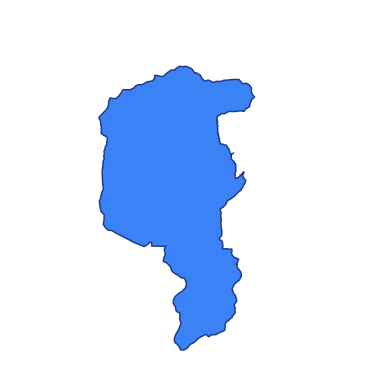 Corbu, Harghita, Romania (Equal Earth projection), rotated 318°
{"feature_id": "2599482B8272511981002", "entity_name": "Corbu", "entity_type": "district", "adm_level": 2, "iso_a3": "ROU", "parent_name": "Romania", "parent_adm1": "Harghita", "projection": "equal_earth", "projection_center": [25.671, 46.995], "detail": "fine", "context": "isolated", "style": "filled", "palette": "blue", "viewbox_px": 384, "rotation_deg": 318, "n_neighbors": 0, "source": "geoboundaries", "source_scale": "gbopen_adm2", "svg_char_len": 6053}
<svg xmlns="http://www.w3.org/2000/svg" viewBox="0 0 384 384"><g transform="rotate(318 192 192)"><path d="M119.4,315.1L120.9,316.0L123.8,316.6L126.6,314.1L127.2,313.4L128.6,312.3L130.0,311.6L132.6,311.9L134.9,311.8L137.5,312.0L139.8,311.2L141.4,311.1L143.0,310.7L143.6,310.2L144.4,309.0L145.4,308.1L146.9,306.5L147.1,305.2L147.4,304.4L150.7,303.2L152.1,303.1L152.8,302.3L154.9,298.5L155.0,297.8L155.0,296.3L155.2,294.9L155.6,293.7L157.1,290.7L161.8,288.9L165.4,288.7L167.1,289.2L168.8,288.9L171.6,287.9L172.8,287.2L173.9,285.7L174.9,283.0L175.1,278.2L175.4,277.7L177.3,276.0L177.1,275.3L176.6,274.8L178.2,274.9L179.3,274.5L180.7,273.5L181.6,273.3L180.8,270.8L180.4,270.0L179.9,269.4L179.6,268.7L179.6,266.2L180.0,264.8L180.9,263.1L181.8,263.0L183.0,261.6L183.3,261.0L180.9,259.0L179.8,257.2L178.6,256.4L177.1,255.1L176.8,254.6L177.6,254.0L178.2,253.0L179.2,252.5L179.7,251.3L180.5,250.4L181.1,249.5L181.4,247.5L180.7,246.6L180.6,246.2L180.8,245.1L182.7,244.5L184.6,244.3L185.4,243.7L188.4,240.5L189.4,238.7L191.9,235.3L193.2,234.0L195.3,232.3L195.6,231.4L196.6,230.2L197.1,229.1L199.6,227.1L200.8,224.6L201.5,223.7L202.3,223.7L205.2,224.1L205.7,223.9L206.7,224.0L208.4,223.7L209.5,223.6L210.3,223.2L211.5,222.2L215.3,222.7L215.6,222.9L220.3,223.4L224.8,223.3L225.6,223.1L227.2,223.1L229.2,223.4L232.7,222.4L235.1,221.4L236.7,221.1L239.5,219.6L239.9,219.0L239.4,217.8L239.9,216.9L240.0,215.5L240.3,214.2L241.6,213.1L242.6,212.8L243.8,212.2L243.6,211.5L241.1,212.2L240.7,211.8L239.9,212.2L239.1,212.2L239.0,211.8L237.9,212.4L234.0,211.4L233.6,210.8L233.6,210.5L233.8,210.3L233.7,210.0L234.4,208.8L235.8,208.1L236.2,207.6L236.0,207.0L237.4,206.2L238.5,206.0L240.7,203.2L242.2,201.9L242.5,201.1L243.2,200.2L243.1,198.5L243.6,197.5L243.6,197.0L243.2,196.4L243.3,194.3L244.2,192.4L245.1,191.8L245.0,191.6L245.7,191.1L245.6,190.9L245.4,190.8L245.6,190.5L248.1,190.8L248.4,190.7L246.1,189.7L246.5,188.2L247.2,187.1L247.5,186.0L248.1,185.0L248.2,183.2L248.5,182.5L248.3,181.2L248.9,180.6L248.9,180.3L248.0,179.3L246.8,177.1L246.1,176.0L245.6,176.0L245.2,175.4L245.3,175.0L245.7,174.4L245.9,173.7L246.4,173.3L246.1,172.8L246.7,172.3L246.7,172.1L247.1,171.7L247.1,171.4L247.6,171.2L247.9,170.4L248.3,170.2L248.3,169.7L249.7,167.7L249.4,167.4L249.9,166.7L250.0,166.1L250.3,166.2L250.7,166.0L251.1,165.5L251.3,164.4L252.1,163.4L253.0,162.8L253.7,161.8L253.6,161.4L255.3,160.3L255.6,159.8L255.7,159.4L255.9,159.2L255.7,159.0L256.3,158.6L256.1,158.4L256.6,157.6L256.9,157.5L257.3,157.1L257.9,157.2L258.1,157.1L258.1,156.3L258.4,156.1L258.1,155.3L259.6,154.4L261.6,152.8L262.8,152.8L263.4,153.3L264.1,153.5L265.1,153.3L266.4,153.6L267.3,154.2L268.0,155.3L269.9,156.0L271.0,156.0L272.8,156.7L274.7,157.8L275.5,159.0L278.7,161.5L278.9,162.0L280.1,162.6L281.1,163.0L281.9,163.7L282.2,163.7L283.2,165.1L283.7,165.5L283.6,166.0L284.1,166.4L285.2,166.9L287.3,166.1L288.6,166.4L289.6,166.8L291.2,166.9L292.5,166.8L292.7,166.1L293.4,165.5L296.8,164.1L298.3,163.3L302.0,163.2L302.1,160.1L302.5,159.4L303.0,157.2L305.1,155.3L305.9,154.2L305.9,152.9L306.2,151.7L306.0,150.8L306.0,149.7L305.3,147.7L302.4,145.7L302.0,142.7L302.3,140.2L302.1,139.8L298.0,135.9L296.7,135.2L295.6,134.1L294.2,133.4L292.8,132.2L291.9,131.7L291.4,131.0L291.1,130.8L290.2,130.2L288.5,129.8L287.7,129.1L286.4,128.4L284.9,126.7L283.9,126.0L281.7,125.3L281.1,124.8L280.2,122.5L279.8,121.9L279.7,121.0L279.2,120.2L278.7,119.5L276.7,118.8L276.5,118.5L275.7,117.2L275.2,115.4L276.4,110.6L275.6,108.8L275.3,107.0L274.7,106.0L273.6,105.4L274.2,101.1L274.1,99.7L272.1,95.4L270.9,93.9L269.1,92.9L268.8,92.3L268.0,91.6L267.1,90.4L265.0,89.8L261.2,89.6L259.6,88.9L258.2,87.5L254.8,87.1L254.3,86.9L253.3,86.9L251.3,86.7L248.9,87.0L248.1,86.7L246.3,85.5L244.9,83.6L244.3,82.4L243.0,81.0L242.2,80.5L242.0,81.0L241.0,81.9L239.9,82.5L237.3,82.9L236.7,82.8L235.3,81.9L234.3,81.5L233.2,80.6L232.1,80.0L227.8,79.2L226.3,78.5L225.6,78.0L224.7,77.0L223.7,76.3L221.9,75.7L220.2,75.5L219.2,75.7L218.9,76.1L216.6,75.1L214.4,74.8L212.1,72.4L210.7,71.3L209.7,70.1L208.1,70.0L206.0,71.0L204.6,71.0L201.7,71.8L198.4,71.6L197.4,71.2L196.1,69.9L195.1,68.5L194.2,67.4L191.6,68.4L190.1,69.5L188.1,71.6L184.7,73.2L182.8,73.5L174.2,74.1L172.4,74.6L172.2,74.9L172.0,76.4L171.4,78.2L170.7,79.2L169.4,80.7L169.1,81.3L169.1,81.8L166.4,84.8L165.9,85.8L164.1,87.0L163.8,87.8L164.0,89.5L164.3,90.2L164.3,90.7L165.0,91.9L164.9,92.7L165.3,93.0L165.3,94.8L164.7,95.9L161.6,98.3L160.5,99.6L158.9,100.0L157.7,100.5L156.8,101.4L154.2,102.6L152.5,104.8L150.7,106.1L149.8,107.1L149.2,108.2L148.4,109.0L146.8,109.5L145.5,110.7L145.2,111.3L144.1,111.8L143.9,112.3L142.6,113.7L141.8,114.0L141.0,114.8L139.1,116.5L131.3,125.8L128.8,129.8L127.5,130.8L124.4,132.1L119.3,135.8L117.1,136.7L114.7,140.0L111.9,144.4L111.8,145.1L111.3,145.6L111.6,150.0L108.1,153.8L104.7,156.4L104.3,156.9L103.8,160.6L104.0,163.0L104.5,164.9L106.5,166.7L108.3,172.3L112.8,184.2L114.5,189.3L119.8,200.3L121.9,201.1L126.8,201.3L128.1,202.3L128.2,202.6L128.0,203.0L126.6,204.4L126.0,205.3L136.2,214.8L134.2,215.4L133.4,216.0L132.6,216.7L132.1,217.6L131.6,218.8L131.5,219.5L129.3,221.1L128.4,221.4L127.4,221.9L124.2,224.3L125.8,227.9L126.0,232.5L125.9,233.4L124.8,235.5L124.3,236.9L124.2,237.5L124.4,239.7L125.0,241.5L125.0,242.7L125.5,243.1L126.1,244.6L126.4,248.0L128.5,251.1L128.6,251.6L127.4,254.6L126.7,256.1L124.9,257.7L122.7,259.0L121.5,258.8L118.1,259.3L116.1,258.7L113.8,258.4L112.1,258.5L109.8,258.4L106.7,259.4L105.3,260.4L103.7,262.1L103.1,263.8L103.0,265.7L102.4,267.0L100.9,269.3L100.7,270.1L100.8,270.8L101.3,272.6L101.8,273.1L101.7,274.1L99.1,277.1L97.4,278.6L96.8,280.8L96.6,281.2L95.8,281.9L95.6,282.4L95.3,282.7L88.9,285.7L84.8,287.0L82.6,288.0L80.8,289.2L79.6,290.5L78.8,292.0L78.7,293.2L79.1,294.1L79.0,298.6L78.4,300.4L77.8,301.6L78.5,301.8L79.7,303.6L80.1,303.9L83.8,304.9L88.6,304.0L92.1,305.1L100.4,305.2L101.4,305.6L104.2,306.3L105.4,306.5L106.9,307.1L107.2,307.5L107.4,308.8L107.4,310.4L107.7,310.6L108.5,310.9L110.7,311.2L111.5,311.4L112.1,311.9L112.8,313.0L114.3,313.6L114.4,314.0L119.4,315.1Z" fill="#3b82f6" stroke="#1e3a8a" stroke-width="1.5"/></g></svg>